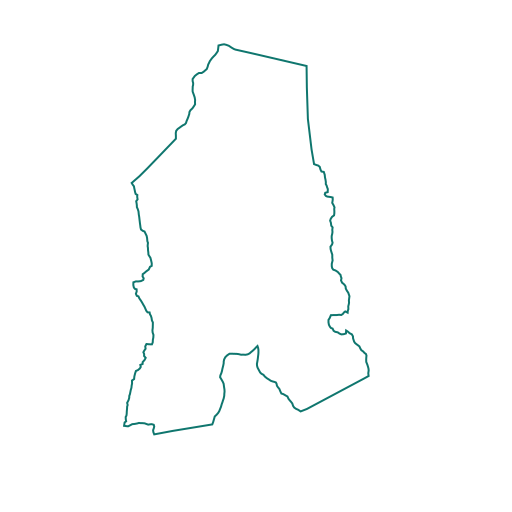 Mucugê, Bahia, Brazil, rotated 14°
{"feature_id": "56859067B79492424701178", "entity_name": "Mucugê", "entity_type": "district", "adm_level": 2, "iso_a3": "BRA", "parent_name": "Brazil", "parent_adm1": "Bahia", "projection": "albers", "projection_center": [-41.471, -13.068], "detail": "fine", "context": "isolated", "style": "outline", "palette": "teal", "viewbox_px": 512, "rotation_deg": 14, "n_neighbors": 0, "source": "geoboundaries", "source_scale": "gbopen_adm2", "svg_char_len": 5319}
<svg xmlns="http://www.w3.org/2000/svg" viewBox="0 0 512 512"><g transform="rotate(14 256 256)"><path d="M169.1,452.7L171.0,452.5L173.1,452.2L174.5,451.0L176.6,449.1L178.9,448.3L181.3,447.2L182.8,446.3L184.4,446.1L186.0,445.7L188.4,445.3L190.2,445.5L192.2,445.7L194.0,444.9L195.5,444.4L197.6,444.5L198.5,446.1L198.5,448.0L198.3,449.9L199.0,451.7L200.4,453.7L217.4,445.9L254.3,430.0L254.6,427.7L254.7,425.0L254.8,421.7L256.2,419.5L257.3,417.3L257.9,415.3L258.2,412.9L258.5,410.9L258.6,407.9L258.8,406.1L258.9,404.2L259.1,402.2L259.0,399.3L258.6,397.4L258.3,395.2L257.7,393.2L256.6,390.6L255.5,387.8L254.2,386.1L252.1,383.9L250.5,382.3L250.3,380.4L250.7,378.1L250.8,375.9L250.7,373.7L250.7,371.9L250.7,370.1L250.6,368.0L250.2,366.2L250.1,364.1L250.7,361.6L252.1,359.3L254.0,357.2L257.0,356.5L259.3,356.0L261.2,355.6L263.0,355.4L265.4,355.4L267.5,354.8L269.7,354.4L271.8,353.4L273.3,352.1L274.4,350.5L275.6,348.9L277.0,346.8L278.2,344.6L279.2,343.0L280.3,344.7L281.1,346.6L281.7,349.0L282.0,350.6L282.3,353.0L282.6,355.3L282.8,357.6L283.0,360.5L283.6,362.3L284.5,363.9L286.2,365.8L288.2,368.0L289.7,368.9L292.0,369.5L293.7,370.8L296.2,372.0L298.4,372.7L300.5,373.5L302.5,373.7L304.3,373.7L305.9,373.9L306.9,375.1L307.7,376.8L309.0,378.0L310.8,379.3L312.4,381.5L313.9,383.3L315.9,383.4L318.6,384.2L320.5,384.7L322.0,386.6L323.5,387.8L325.1,388.9L326.9,390.3L328.2,392.4L329.7,393.8L331.8,394.6L334.1,395.0L336.9,396.0L342.4,392.1L346.5,388.4L390.3,348.9L394.3,345.2L393.3,342.6L393.0,339.8L392.4,338.1L391.6,336.6L390.4,334.6L388.6,332.1L388.0,330.0L387.6,328.0L387.3,325.9L386.4,324.5L384.7,323.8L383.1,322.7L381.0,321.9L379.6,320.5L378.2,318.7L376.4,317.9L374.9,317.3L373.2,316.5L371.9,315.3L371.1,314.0L370.1,312.4L369.5,310.5L367.9,308.8L365.6,308.3L363.5,307.2L361.5,306.5L362.0,309.4L360.1,310.6L357.8,311.4L355.8,311.1L353.8,310.3L351.2,310.4L349.4,309.8L347.9,307.9L346.1,307.7L344.8,306.7L343.4,305.1L342.4,302.9L341.8,300.5L342.5,298.4L343.0,295.3L346.1,294.4L348.5,293.8L350.9,292.9L353.0,292.6L354.3,291.2L355.0,289.5L356.0,288.2L358.6,288.8L358.3,286.9L358.5,285.3L357.7,282.5L357.7,280.5L357.6,278.9L356.9,276.7L356.7,275.1L356.4,272.4L354.4,269.3L352.5,267.6L351.0,265.9L350.3,263.9L349.2,262.8L347.8,261.9L346.0,261.1L344.4,259.1L344.3,256.8L343.3,255.4L342.6,253.9L341.1,253.0L339.2,251.7L336.6,250.8L334.3,250.6L332.9,249.4L332.0,247.6L331.4,245.2L331.4,241.8L330.4,239.1L329.7,236.3L328.4,234.2L327.6,232.9L326.7,231.2L326.0,228.9L327.0,226.5L327.1,224.6L326.0,222.7L325.1,220.3L324.6,218.3L324.6,216.1L324.4,214.2L323.7,212.2L323.4,209.7L321.7,208.4L320.6,205.6L319.4,203.8L319.5,201.9L320.3,199.6L321.9,197.7L321.7,195.7L321.2,193.6L320.5,191.4L320.4,189.8L319.0,188.0L317.1,186.0L317.0,184.4L316.8,182.6L316.2,180.7L314.4,180.7L312.5,180.9L310.7,181.1L309.2,180.8L307.8,179.6L307.9,177.9L310.1,176.7L309.5,173.7L308.3,172.0L307.5,170.6L306.3,169.3L305.9,167.4L305.0,165.2L303.9,163.0L303.0,160.5L301.4,158.0L299.1,158.2L297.7,156.6L296.3,154.1L294.5,153.2L292.5,153.1L290.1,152.8L284.1,139.1L273.2,110.5L264.6,80.3L259.1,59.4L208.8,60.2L198.8,60.4L186.1,60.7L184.5,60.5L181.8,59.7L178.8,58.6L176.1,58.3L173.8,58.3L171.7,59.2L168.7,60.8L169.1,63.7L169.4,66.4L168.5,68.9L167.7,70.8L166.6,72.6L165.4,74.8L164.1,78.0L163.7,80.1L163.3,81.8L163.3,84.0L163.0,86.5L161.8,88.2L160.7,89.8L159.0,91.6L156.4,92.2L154.7,94.0L153.1,96.1L151.7,99.6L152.2,101.6L153.2,103.4L153.6,105.3L153.6,106.9L154.0,108.7L154.3,110.2L154.8,111.9L156.5,114.4L158.1,116.9L159.2,119.4L159.5,121.2L160.2,123.6L159.4,126.0L158.6,128.1L157.1,130.5L156.6,132.4L156.9,134.3L156.7,137.1L156.4,139.5L156.0,141.9L155.9,143.9L155.1,145.5L153.4,146.9L152.0,148.5L150.6,150.2L149.3,151.7L148.3,153.8L148.4,156.1L149.2,158.8L149.9,161.6L129.4,197.2L123.6,206.8L117.7,215.2L119.3,216.8L120.7,217.9L121.5,219.7L122.4,221.5L123.1,223.0L124.2,224.9L126.1,225.5L126.4,227.3L127.4,229.7L126.5,231.8L127.4,233.8L128.1,235.6L128.6,237.4L130.0,239.2L131.2,241.2L132.2,244.0L133.2,246.3L134.1,248.7L134.9,250.8L135.5,252.4L136.2,254.1L137.0,256.2L138.0,258.1L140.1,259.0L141.9,259.2L143.4,261.0L145.0,262.9L146.0,265.0L147.0,267.9L148.0,269.4L148.2,271.1L148.5,272.7L149.2,274.3L149.8,276.4L150.7,278.7L151.3,280.7L152.4,281.8L154.0,283.3L155.3,285.7L156.6,288.3L157.2,290.8L155.8,292.1L155.2,295.1L153.1,297.6L151.8,299.5L150.5,301.0L150.9,303.3L152.4,304.8L152.4,306.5L150.4,308.2L147.8,309.2L145.6,309.7L143.4,311.2L144.0,313.9L145.1,316.1L146.5,317.2L148.2,317.2L148.8,319.3L148.6,321.7L150.0,323.5L151.7,323.6L153.1,325.4L155.4,327.4L157.0,329.0L158.5,330.6L160.0,332.1L161.1,333.5L162.8,335.7L164.4,336.9L166.4,336.5L167.2,338.2L168.5,339.5L169.6,341.3L170.6,343.7L172.0,345.4L172.6,348.0L173.2,350.7L173.5,353.2L174.2,355.2L175.6,357.4L176.1,360.0L176.2,362.3L176.7,364.8L176.4,366.9L173.7,367.5L171.0,367.9L170.4,370.5L171.3,372.7L170.5,374.7L170.0,376.6L171.2,378.2L171.6,380.1L173.6,381.5L173.1,383.7L171.7,386.4L172.1,388.2L170.1,389.7L171.0,391.5L170.5,393.2L169.1,395.2L167.3,396.6L167.1,399.1L167.1,402.3L167.5,404.9L165.8,406.8L166.6,409.7L166.7,411.9L167.0,414.0L166.9,416.3L167.0,418.5L167.1,420.5L166.9,422.4L167.3,424.3L167.2,426.8L166.5,429.7L167.5,431.6L167.4,433.3L167.8,435.3L168.2,437.9L168.7,440.4L168.9,442.2L168.5,443.7L169.2,446.1L170.0,447.8L168.8,449.3L169.1,452.7Z" fill="none" stroke="#0f766e" stroke-width="2"/></g></svg>